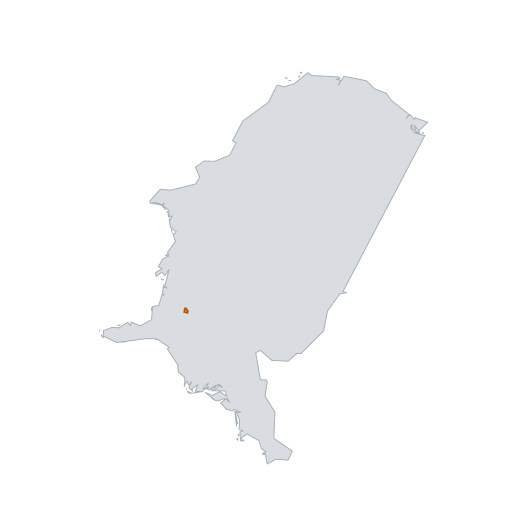 location of Clay, Alabama, United States of America, rotated 105°
{"feature_id": "52423323B11039676247957", "entity_name": "Clay", "entity_type": "district", "adm_level": 2, "iso_a3": "USA", "parent_name": "United States of America", "parent_adm1": "Alabama", "projection": "albers", "projection_center": [-85.88, 33.295], "detail": "fine", "context": "in_parent", "style": "filled", "palette": "amber", "viewbox_px": 512, "rotation_deg": 105, "n_neighbors": 0, "source": "geoboundaries", "source_scale": "gbopen_adm2", "svg_char_len": 4119}
<svg xmlns="http://www.w3.org/2000/svg" viewBox="0 0 512 512"><g transform="rotate(105 256 256)"><path d="M402.1,197.2L427.5,191.6L435.1,170.4L444.9,172.2L447.1,184.2L453.9,191.3L444.6,195.9L444.5,198.2L442.5,195.7L440.7,200.9L433.6,205.4L430.1,218.3L435.1,222.9L438.0,221.8L436.9,219.6L437.9,220.5L438.5,223.1L430.3,226.0L428.4,223.5L428.0,227.4L418.3,229.5L411.4,235.3L411.9,232.4L411.0,230.7L409.6,237.6L411.8,238.5L411.7,244.2L407.4,252.0L401.7,248.1L404.4,243.2L401.1,246.7L403.0,251.6L405.5,254.3L406.2,257.5L400.8,269.9L402.1,262.3L396.4,255.8L399.1,248.1L394.3,250.8L397.0,261.6L391.9,258.7L390.2,259.2L391.5,255.6L391.3,254.6L389.9,257.4L389.9,259.7L397.7,263.3L396.2,265.4L392.6,261.9L391.3,261.3L395.8,265.6L397.7,266.3L396.8,269.1L394.4,267.2L398.3,271.1L397.5,271.7L395.6,269.7L390.9,269.1L396.9,272.6L400.5,272.2L405.0,281.9L401.1,274.5L402.5,279.4L395.6,279.0L400.9,283.5L403.2,281.9L400.6,286.7L393.9,285.7L398.1,287.7L394.8,290.3L399.0,291.6L391.7,293.3L388.3,300.9L381.4,303.4L368.7,317.6L366.8,316.2L362.2,328.7L361.9,331.7L364.4,341.0L375.6,368.1L372.8,382.9L367.5,384.0L362.1,376.4L360.9,369.9L353.2,362.7L355.7,359.2L352.1,359.5L353.4,349.8L344.6,340.4L331.5,342.8L329.2,337.2L316.4,336.7L318.0,334.5L315.7,336.7L309.9,337.6L309.9,333.3L308.9,336.3L291.2,336.5L298.6,339.0L295.9,342.9L301.5,346.9L298.5,348.9L292.3,343.5L291.7,347.5L283.0,345.4L278.4,340.0L275.3,342.4L262.8,337.6L255.0,342.5L257.0,341.2L253.1,339.4L250.5,346.1L242.2,349.7L244.2,348.6L239.1,347.3L240.7,349.8L234.4,352.1L231.2,359.3L228.6,357.9L230.7,360.1L230.4,367.1L232.4,371.5L230.4,372.8L216.4,365.8L214.4,355.3L202.1,333.0L194.6,330.7L185.9,337.4L177.7,330.6L175.3,320.6L165.4,307.5L151.7,304.5L150.8,308.6L128.9,303.6L104.2,283.7L85.6,279.9L85.2,272.4L79.6,263.6L65.6,253.4L67.2,248.6L61.7,222.8L62.9,220.7L64.5,224.4L64.5,219.2L70.1,220.7L59.7,217.6L58.1,194.7L63.8,184.9L65.2,172.2L70.6,165.6L79.8,144.6L84.4,146.9L79.5,143.9L83.1,138.7L81.3,138.1L82.4,124.8L93.3,131.3L88.8,136.8L94.1,133.6L91.9,138.8L88.7,139.1L90.6,140.1L93.5,138.6L96.2,133.5L95.9,124.1L267.7,162.8L268.1,159.4L271.0,165.3L290.5,172.7L310.9,171.3L338.4,187.2L339.6,191.3L349.3,197.8L352.7,213.8L346.1,227.1L349.4,231.3L374.4,219.7L373.1,213.7L375.2,212.5L389.0,211.0L402.1,197.2ZM421.5,231.9L425.7,230.7L411.2,236.4L423.0,230.2L421.5,231.9ZM95.0,129.5L95.3,133.5L95.0,133.9L93.8,130.6L95.0,129.5ZM232.3,370.3L231.0,364.0L231.5,360.6L231.4,364.3L232.3,370.3ZM445.7,196.2L445.9,198.0L445.2,197.8L445.7,196.2ZM278.5,341.8L278.7,343.3L277.4,342.1L278.5,341.8ZM69.9,260.8L71.9,260.7L72.0,261.0L69.9,260.8ZM68.1,259.7L67.1,260.4L66.8,259.3L68.1,259.7ZM434.2,225.8L433.2,227.1L432.8,226.9L434.2,225.8ZM233.0,357.6L231.6,360.2L234.8,355.1L233.0,357.6ZM372.3,359.2L374.4,364.5L371.9,358.7L372.3,359.2ZM77.7,268.2L78.0,269.9L77.5,268.3L77.7,268.2ZM373.7,383.6L372.1,385.4L374.6,381.7L373.7,383.6ZM405.8,285.3L404.3,287.6L405.2,282.4L405.8,285.3ZM94.3,126.2L94.0,127.2L93.5,126.5L94.3,126.2ZM240.6,350.9L237.7,351.9L240.7,350.6L240.6,350.9ZM438.3,225.7L438.4,227.1L437.1,226.9L438.3,225.7ZM76.4,272.1L76.4,274.1L76.1,272.3L76.4,272.1ZM236.9,352.9L235.7,353.5L236.8,352.5L236.9,352.9ZM405.7,259.8L404.2,262.9L405.9,258.7L405.7,259.8ZM254.0,343.7L252.1,344.6L254.9,343.0L254.0,343.7ZM362.6,330.1L362.3,332.4L362.1,330.8L362.6,330.1ZM399.6,291.9L399.1,292.4L400.7,290.6L399.6,291.9ZM336.2,342.3L334.1,343.5L333.2,343.3L336.2,342.3ZM309.1,337.2L308.7,337.5L307.4,337.4L309.1,337.2ZM358.4,370.2L358.8,371.8L358.0,369.9L358.4,370.2ZM303.3,340.2L302.9,341.6L302.9,339.0L303.3,340.2ZM368.7,387.7L367.5,387.9L369.2,387.4L368.7,387.7ZM411.5,245.3L410.8,246.7L411.6,244.6L411.5,245.3ZM403.0,288.1L402.3,288.7L402.2,288.7L403.0,288.1Z" fill="#d9dde1" stroke="#a8b0b8" stroke-width="1"/><path d="M328.8,307.4L327.9,307.4L327.9,307.5L327.7,307.5L326.9,307.6L327.1,307.6L327.1,307.4L326.8,307.4L326.8,307.8L326.7,307.8L326.7,308.3L326.5,308.5L326.2,308.5L326.2,309.3L325.3,309.3L325.1,309.3L325.1,310.2L324.7,310.2L324.7,311.0L326.0,311.0L326.3,311.2L327.6,311.0L328.0,311.0L328.8,311.0L328.8,309.2L328.8,307.4Z" fill="#f59e0b" stroke="#b45309" stroke-width="1.5"/></g></svg>